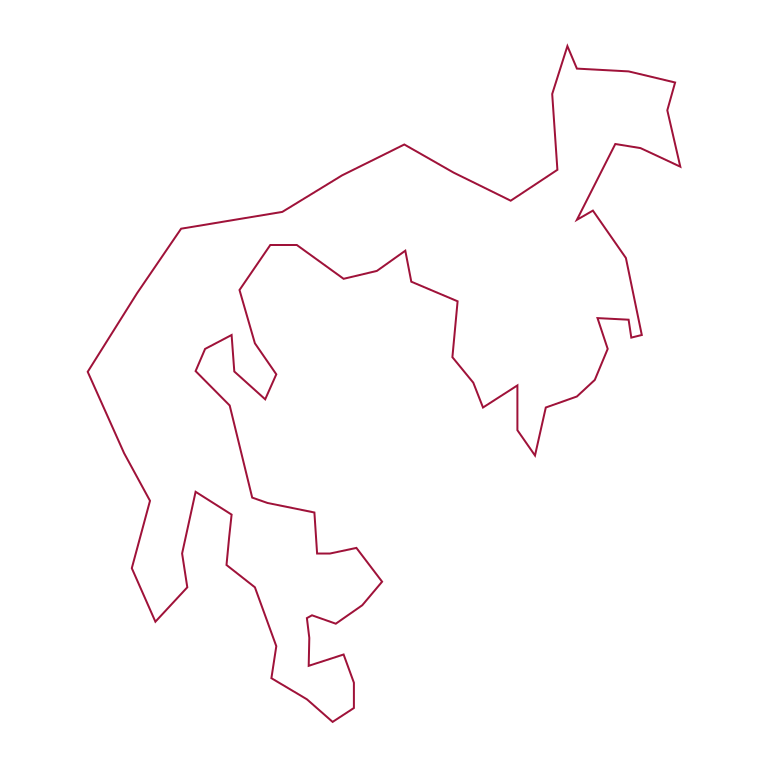 the state/province of Sai Kung
{"feature_id": "HKG-5162", "entity_name": "Sai Kung", "entity_type": "state/province", "adm_level": 1, "iso_a3": "HKG", "parent_name": "Hong Kong S.A.R.", "parent_adm1": "", "projection": "mercator", "projection_center": [114.312, 22.352], "detail": "fine", "context": "isolated", "style": "outline", "palette": "rose", "viewbox_px": 768, "rotation_deg": 0, "n_neighbors": 0, "source": "natural_earth", "source_scale": "10m", "svg_char_len": 1116}
<svg xmlns="http://www.w3.org/2000/svg" viewBox="0 0 768 768"><path d="M567.4,46.1L576.9,68.6L628.6,71.4L675.1,82.5L667.3,110.3L680.3,166.7L640.5,148.1L615.3,144.0L576.9,219.8L592.9,210.6L625.9,258.0L641.8,335.0L631.3,337.6L628.6,319.7L597.5,318.1L607.7,348.9L594.8,379.9L576.9,396.5L545.8,407.5L535.0,455.5L517.4,430.2L517.4,385.4L483.0,407.5L473.3,382.7L452.4,357.2L457.6,301.3L411.3,281.7L405.3,250.7L376.9,270.9L343.6,278.8L296.8,245.0L270.3,245.0L239.5,290.0L254.9,343.3L276.3,374.3L265.2,399.3L234.3,371.5L231.6,335.0L205.1,348.9L195.6,371.1L229.7,405.5L252.2,497.6L267.6,503.0L314.4,512.5L317.1,553.5L330.1,553.5L356.4,547.9L382.1,581.7L362.3,605.2L335.8,623.7L312.0,615.3L306.9,618.1L309.3,637.9L308.7,665.8L343.6,654.5L353.9,682.7L353.9,708.0L332.6,721.9L306.9,699.3L271.4,678.2L276.3,646.2L254.9,587.3L226.5,565.0L229.2,536.8L231.6,514.6L195.6,491.8L182.1,553.5L187.3,587.3L155.4,621.7L131.8,568.2L150.0,500.8L124.1,453.2L87.7,371.8L137.0,293.3L181.1,228.7L282.3,211.9L342.0,175.4L404.3,144.5L453.6,172.6L510.7,200.7L557.4,169.8L552.2,94.0L567.4,46.1Z" fill="none" stroke="#9f1239" stroke-width="2"/></svg>